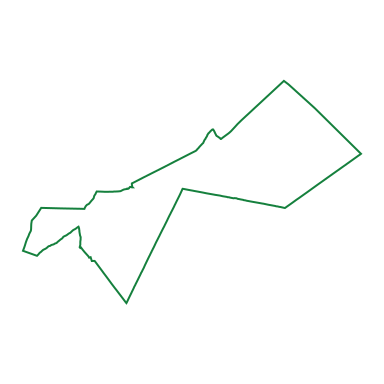 Blaricum, Noord-Holland, Netherlands
{"feature_id": "6326949B66152801340332", "entity_name": "Blaricum", "entity_type": "district", "adm_level": 2, "iso_a3": "NLD", "parent_name": "Netherlands", "parent_adm1": "Noord-Holland", "projection": "albers", "projection_center": [5.257, 52.281], "detail": "fine", "context": "isolated", "style": "outline", "palette": "green", "viewbox_px": 384, "rotation_deg": 0, "n_neighbors": 0, "source": "geoboundaries", "source_scale": "gbopen_adm2", "svg_char_len": 5609}
<svg xmlns="http://www.w3.org/2000/svg" viewBox="0 0 384 384"><path d="M283.9,80.9L241.6,120.1L237.6,124.0L234.9,127.0L231.1,131.1L229.8,132.3L228.5,133.4L226.3,135.0L222.9,137.5L221.0,139.0L220.8,139.0L220.6,138.7L220.2,138.5L220.0,138.1L219.5,137.8L218.9,137.4L218.5,137.1L217.5,136.4L216.6,135.9L216.4,135.6L216.2,135.4L215.8,134.4L215.6,134.1L215.3,133.6L215.2,133.3L215.0,132.9L214.8,132.4L214.7,132.1L214.5,131.9L214.2,131.2L213.8,130.4L213.7,130.3L213.4,130.1L213.2,129.5L212.9,129.4L212.4,129.5L212.2,129.6L211.0,130.7L210.2,131.5L209.6,132.2L209.2,132.6L208.9,133.0L208.5,133.2L208.4,133.4L208.2,133.7L207.4,134.9L207.3,135.1L207.3,135.4L207.2,135.6L207.0,136.0L206.8,136.5L206.4,137.1L206.0,137.6L205.9,137.8L205.8,138.1L205.3,139.1L205.0,139.3L204.8,139.7L204.4,140.2L204.1,140.9L204.0,141.2L203.6,142.0L203.2,143.0L202.5,143.6L202.3,143.8L202.0,144.1L201.4,144.8L201.1,145.0L200.9,145.3L200.6,145.6L200.3,145.9L199.7,146.6L199.4,146.9L198.7,147.7L198.5,148.1L198.2,148.4L197.9,148.6L197.6,148.9L197.3,149.2L197.1,149.6L196.7,149.9L196.5,150.2L196.2,150.5L195.7,150.9L190.7,153.4L181.5,158.1L180.5,158.6L179.8,159.0L178.0,159.9L175.6,161.1L174.6,161.6L164.4,166.9L152.9,172.7L143.4,177.5L132.3,183.2L132.1,183.3L131.9,183.4L131.9,183.5L131.8,183.9L132.3,187.0L132.6,187.3L132.3,187.3L132.0,187.4L131.4,187.1L130.9,187.0L130.4,186.9L130.1,186.9L130.0,187.0L129.7,187.3L129.1,188.1L128.8,188.4L128.6,188.4L127.4,188.6L127.5,188.9L126.8,189.0L124.8,189.3L123.6,189.6L122.0,190.4L121.3,190.8L120.6,191.1L120.3,191.2L119.1,191.3L118.3,191.4L116.2,191.5L115.5,191.5L114.2,191.5L113.1,191.7L106.6,191.8L106.3,191.8L104.9,191.8L100.6,191.6L96.7,191.5L95.7,193.4L95.6,193.8L95.1,194.6L94.8,195.0L94.4,195.6L94.3,195.8L94.0,196.8L93.7,198.0L93.6,198.3L92.6,199.5L92.0,200.1L91.0,201.3L90.1,202.4L89.8,202.8L89.1,203.6L88.9,203.8L88.7,204.0L87.6,204.5L87.0,204.8L86.9,204.9L86.5,205.3L85.8,206.1L85.7,206.2L85.5,206.6L85.2,207.1L84.8,207.9L84.4,208.9L83.7,208.9L81.7,208.8L61.0,208.4L42.2,207.9L41.2,207.9L36.2,215.7L31.8,220.5L31.5,222.4L31.3,223.7L31.2,225.6L31.1,228.9L31.0,230.0L30.9,230.4L30.8,230.9L30.5,231.5L29.5,233.4L29.3,233.8L28.5,236.0L27.8,237.5L27.2,238.7L26.7,240.0L25.9,242.2L25.0,245.2L24.3,247.3L23.0,250.8L26.6,252.1L36.4,255.6L37.0,255.8L37.3,255.5L37.5,255.3L38.1,254.7L38.5,254.3L39.1,253.5L39.4,253.2L39.7,252.8L40.1,252.5L40.7,252.1L41.2,251.7L41.8,251.1L42.3,250.6L42.7,250.3L43.1,249.9L43.7,249.6L44.7,249.1L45.0,249.0L46.2,248.3L47.2,247.5L47.4,247.3L48.0,246.7L48.6,246.3L48.8,246.2L49.0,246.1L49.4,246.0L49.7,246.0L50.0,245.9L50.4,245.7L50.7,245.5L50.9,245.3L51.3,245.0L51.7,244.9L52.0,244.8L52.5,244.7L53.2,244.5L53.5,244.4L53.8,244.3L54.7,243.7L54.8,243.6L56.3,243.1L56.5,243.0L57.0,242.6L57.5,242.0L59.0,240.8L59.8,240.1L60.2,239.8L60.8,239.3L61.8,238.7L62.5,238.0L63.0,237.3L63.5,236.7L65.1,235.9L66.1,235.5L66.3,235.3L66.7,235.1L67.3,234.7L67.8,234.3L68.3,233.9L69.4,233.2L69.8,233.0L70.1,232.9L70.5,232.6L71.5,231.6L72.5,230.7L72.9,230.3L73.5,229.9L74.9,229.2L75.2,229.0L75.6,228.8L77.0,227.7L78.0,227.0L78.5,226.7L78.8,227.4L78.8,227.5L78.9,227.9L79.1,228.5L79.2,229.5L79.3,230.0L79.4,230.7L79.4,230.8L79.4,231.1L79.4,231.6L79.5,232.0L79.5,232.3L79.6,232.7L79.6,232.9L79.6,233.0L79.7,233.3L80.0,235.1L80.1,235.7L80.5,236.5L80.6,237.4L80.7,237.7L80.7,237.8L80.6,238.3L80.6,239.3L80.6,239.6L80.5,240.4L80.4,240.8L80.3,242.0L80.3,242.3L80.3,243.2L80.3,243.3L80.3,243.8L80.3,244.5L80.3,244.8L80.1,245.6L79.9,246.3L79.7,247.3L80.3,248.0L81.0,247.5L82.8,249.9L84.6,252.1L88.3,256.2L88.4,256.3L89.2,257.7L90.3,257.3L90.6,257.2L91.0,258.4L91.8,261.0L92.4,261.0L94.4,260.9L94.8,261.1L102.9,272.0L103.0,272.2L103.6,273.0L106.7,277.1L110.9,282.8L111.4,283.5L115.1,288.4L116.0,289.5L124.6,300.8L125.5,302.0L126.4,303.1L126.7,302.6L126.9,302.2L127.9,300.1L128.2,299.5L128.5,298.8L131.1,293.5L131.5,292.7L131.9,291.8L132.3,291.0L132.8,290.0L133.8,287.9L134.0,287.4L134.2,286.9L135.3,284.9L135.9,283.5L136.0,283.4L136.5,282.4L137.2,281.0L140.6,274.1L141.0,273.2L141.1,272.9L141.6,272.1L141.9,271.6L142.8,269.7L143.5,268.4L143.6,268.2L143.9,267.6L144.1,267.1L144.9,265.3L145.5,264.0L145.7,263.7L145.9,263.2L148.5,257.8L149.5,255.8L149.8,255.3L150.4,254.0L150.6,253.5L151.4,252.1L151.4,251.9L152.0,250.7L152.4,250.0L152.6,249.5L152.8,249.1L153.8,247.2L154.4,245.9L154.6,245.6L154.8,245.0L155.0,244.7L155.1,244.4L155.4,243.8L156.0,242.5L157.7,239.2L158.7,237.2L158.8,237.0L159.4,235.9L159.8,235.0L160.7,233.2L161.8,231.0L162.5,229.6L162.7,229.3L162.8,229.0L163.0,228.6L163.5,227.7L164.2,226.4L164.7,225.3L165.2,224.3L167.2,220.3L167.5,219.6L168.9,216.7L169.8,214.9L170.3,214.0L171.2,212.1L171.5,211.6L174.2,206.3L174.5,205.5L175.1,204.4L176.4,201.7L176.9,200.7L177.8,198.9L178.8,196.9L179.6,195.3L180.3,193.8L180.6,193.2L180.7,192.9L180.8,192.7L181.7,190.8L181.8,190.6L181.9,190.3L182.2,189.7L182.3,189.3L182.6,188.8L183.4,188.9L187.0,189.6L190.7,190.3L193.0,190.7L193.9,190.9L197.8,191.6L203.1,192.6L206.5,193.3L213.9,194.6L214.9,194.8L220.1,195.6L222.5,196.2L226.8,196.9L228.0,197.3L228.9,197.2L229.6,197.5L232.5,198.1L233.8,198.3L234.3,198.1L236.6,198.3L237.5,198.8L239.7,199.2L241.1,199.5L241.8,199.6L243.3,199.9L243.6,200.1L244.1,200.2L245.0,200.3L245.5,200.4L246.5,200.7L252.5,201.8L258.8,202.9L262.1,203.5L263.5,203.7L268.1,204.7L269.8,205.0L275.3,206.0L276.1,206.3L277.4,206.4L279.5,206.9L280.4,207.0L283.9,207.8L284.9,208.0L285.1,207.9L287.2,206.4L289.9,204.5L292.7,202.5L296.4,199.8L298.9,198.1L303.8,194.6L306.5,192.7L317.6,184.7L333.2,173.6L350.4,161.4L358.9,155.3L359.6,154.9L361.0,153.8L314.8,108.2L288.5,84.4L283.9,80.9Z" fill="none" stroke="#15803d" stroke-width="2"/></svg>